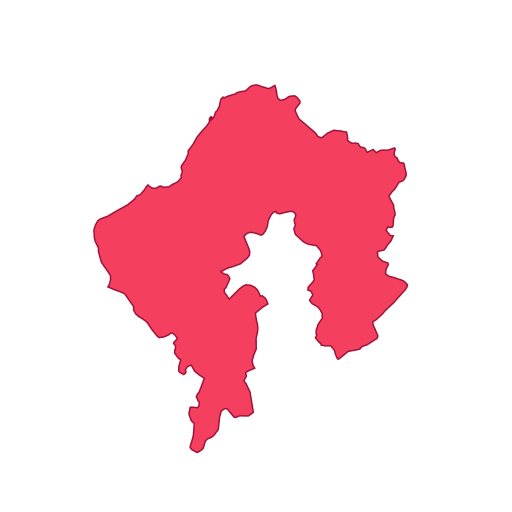 the district of Minuf, Al Minufiyah, Egypt, rotated 49°
{"feature_id": "37247803B35886288843325", "entity_name": "Minuf", "entity_type": "district", "adm_level": 2, "iso_a3": "EGY", "parent_name": "Egypt", "parent_adm1": "Al Minufiyah", "projection": "robinson", "projection_center": [30.914, 30.46], "detail": "fine", "context": "isolated", "style": "filled", "palette": "rose", "viewbox_px": 512, "rotation_deg": 49, "n_neighbors": 0, "source": "geoboundaries", "source_scale": "gbopen_adm2", "svg_char_len": 6125}
<svg xmlns="http://www.w3.org/2000/svg" viewBox="0 0 512 512"><g transform="rotate(49 256 256)"><path d="M339.9,330.6L338.9,330.3L337.6,330.3L335.5,329.4L333.8,328.4L332.9,328.0L331.3,325.8L329.2,322.6L326.4,316.9L322.2,313.3L318.4,310.1L314.3,304.7L311.8,302.1L309.3,300.2L305.0,297.9L301.2,295.6L298.7,293.8L299.0,284.2L299.5,281.2L300.0,278.5L296.6,277.2L294.1,276.7L292.3,277.0L290.2,277.4L288.9,279.2L288.0,278.7L285.0,277.7L282.0,277.2L278.6,277.5L274.7,279.2L271.1,282.6L270.2,285.6L270.0,290.4L270.8,303.1L271.1,304.4L268.8,304.4L266.6,303.9L262.8,303.8L260.3,301.9L260.3,299.8L257.5,293.6L255.9,290.5L253.7,290.0L251.2,289.9L249.0,291.6L245.9,292.8L244.6,292.6L245.6,290.2L245.6,288.9L246.1,287.1L247.0,284.1L248.4,281.5L250.7,275.5L251.7,272.9L251.9,264.1L251.2,260.6L248.7,257.9L245.7,256.5L235.1,252.9L233.4,252.3L233.0,249.6L233.0,248.3L233.5,246.6L234.4,244.9L236.6,242.7L239.7,240.6L243.6,238.6L244.1,236.4L243.4,232.9L241.8,229.3L239.7,226.2L237.6,224.0L236.4,221.3L234.8,217.4L234.5,214.7L235.2,211.9L237.1,212.2L239.7,210.5L242.5,204.9L244.7,201.0L246.1,199.3L249.5,198.5L251.7,199.5L253.7,203.4L256.6,205.3L258.3,205.8L259.2,207.5L260.4,209.7L265.5,212.1L271.9,211.4L275.8,211.0L278.4,210.2L281.0,209.0L282.8,207.7L285.9,205.2L288.1,203.5L294.1,203.7L297.5,205.1L299.6,206.5L299.5,208.6L301.4,215.7L302.7,215.3L303.1,217.5L303.9,220.1L304.2,222.8L307.6,224.6L308.0,225.0L311.8,227.3L312.6,229.1L313.0,230.9L313.7,237.0L315.8,239.2L316.4,238.9L318.4,237.6L322.7,238.6L323.8,242.5L324.6,244.7L328.9,244.9L331.1,244.0L335.0,242.8L338.9,242.9L343.1,243.9L344.8,245.7L346.2,246.1L348.4,254.1L350.1,256.8L351.3,259.0L354.2,261.7L355.9,262.2L356.7,264.8L361.8,265.0L365.3,264.6L366.1,265.3L367.4,264.1L367.9,263.6L369.2,262.8L372.8,258.5L378.8,258.7L382.2,260.5L387.1,262.0L388.1,261.2L388.4,252.4L388.5,248.9L390.3,245.9L392.1,242.9L394.4,238.6L394.0,237.3L394.1,234.7L395.2,232.2L395.9,230.4L397.2,221.4L397.6,218.7L396.3,216.4L384.4,212.6L382.9,211.6L382.3,211.2L382.9,206.9L382.7,199.0L382.0,194.2L381.7,187.7L381.5,182.0L380.8,177.2L380.1,171.5L379.4,165.3L378.6,162.7L377.0,160.5L372.2,160.8L368.8,162.4L366.1,164.1L363.1,165.8L361.3,167.0L359.5,168.3L358.2,169.1L355.3,169.7L354.4,169.9L351.4,166.7L349.4,161.9L347.8,161.0L342.9,163.9L340.4,164.2L336.5,164.6L333.9,162.6L332.3,161.4L335.5,155.4L335.1,153.2L333.9,149.2L333.2,144.4L332.4,142.7L330.8,139.1L328.6,141.2L325.2,141.1L322.1,141.0L320.5,137.5L322.7,135.8L323.6,134.1L323.2,132.8L317.4,126.9L316.2,123.9L314.1,122.5L313.1,122.0L311.1,121.1L307.8,118.8L301.4,117.3L298.0,116.4L296.8,111.1L296.5,107.2L294.2,99.7L295.6,95.8L295.2,93.2L293.6,89.6L291.1,87.8L288.1,86.4L285.4,84.8L284.3,84.1L282.6,83.7L279.9,86.2L277.4,86.1L274.4,85.2L272.2,86.0L269.3,84.6L266.4,80.6L265.3,80.6L262.7,87.0L259.2,90.9L257.8,93.0L256.9,97.4L252.5,97.7L250.6,104.2L248.5,103.7L246.8,103.2L244.9,103.5L243.8,104.4L242.4,105.7L240.3,105.6L238.2,105.1L236.0,106.8L235.1,108.1L234.2,109.4L231.1,110.6L228.5,111.0L227.3,109.6L223.9,107.4L221.8,106.4L216.5,110.7L214.3,112.8L212.1,114.9L210.2,121.4L210.0,127.9L209.1,129.7L206.1,130.9L202.6,130.4L199.5,130.8L187.3,132.6L182.8,133.3L181.1,133.7L179.9,133.4L176.8,132.7L174.2,131.8L172.5,131.3L170.9,129.9L170.5,127.7L169.4,122.5L167.7,121.1L163.0,121.0L160.4,121.8L157.7,125.6L157.2,126.9L156.6,131.7L155.7,133.5L154.4,135.6L151.4,136.0L148.8,135.0L145.4,132.7L144.6,132.3L143.7,131.8L142.1,130.9L140.8,130.3L139.7,129.8L139.5,130.0L139.1,132.9L138.6,135.0L137.6,137.1L134.4,138.9L132.1,140.5L128.0,142.7L126.6,144.2L125.2,146.5L124.4,148.8L124.5,153.9L124.4,156.0L122.5,158.7L120.7,162.1L120.2,163.4L120.2,165.3L118.8,167.9L117.9,170.3L117.2,171.6L116.7,173.2L116.1,175.0L115.9,176.4L115.2,176.5L114.4,176.7L114.5,177.8L114.7,179.8L115.8,181.3L117.7,183.9L119.1,185.6L119.7,187.5L120.8,189.9L120.8,191.6L121.3,192.9L123.0,195.6L123.9,198.0L124.0,201.3L123.4,201.3L122.9,200.2L122.6,198.3L121.4,198.4L121.4,199.6L121.7,200.9L122.3,201.5L123.4,202.3L124.4,203.8L125.5,207.5L125.9,211.0L126.3,215.1L127.5,222.2L129.2,226.9L130.5,230.5L132.1,238.2L134.3,240.0L135.7,242.8L137.7,247.1L137.8,248.4L139.2,253.4L140.4,254.6L144.1,256.3L146.1,259.9L147.7,260.7L148.6,265.4L148.4,267.7L147.1,272.3L146.7,276.4L144.9,278.8L143.7,280.4L142.5,281.3L141.5,281.4L140.4,282.4L139.8,283.6L139.5,286.4L138.0,288.6L136.5,289.8L132.7,290.9L131.5,290.9L131.7,293.3L132.8,296.4L133.8,303.2L132.4,306.5L133.4,310.4L133.1,319.6L131.3,328.2L130.0,334.4L128.8,341.4L126.8,346.9L125.8,349.7L125.7,352.3L125.8,352.7L127.0,356.1L128.2,358.4L129.7,360.8L130.6,361.8L132.7,363.3L136.0,365.9L138.6,367.3L140.6,368.1L142.0,368.4L145.1,369.2L147.6,370.2L148.7,371.7L159.3,376.8L170.5,378.0L175.3,378.7L178.4,381.2L180.6,384.3L182.1,387.3L182.2,388.1L183.7,387.3L188.8,384.8L193.2,382.3L198.0,379.9L203.5,380.4L214.2,381.6L216.3,383.8L221.0,384.8L225.3,384.1L228.8,382.9L232.2,382.1L234.4,381.7L235.0,381.8L239.1,382.3L244.2,382.9L248.1,383.0L251.5,383.1L254.1,382.7L255.0,381.0L256.3,379.3L257.3,376.7L258.2,373.6L258.3,371.5L258.8,369.7L262.7,369.0L263.7,369.1L266.9,369.5L267.2,374.3L268.0,375.6L271.0,375.7L273.5,378.0L273.5,378.9L276.0,381.1L282.4,381.7L285.0,380.9L288.7,386.7L289.2,387.1L291.4,389.2L292.1,389.8L293.8,389.9L297.4,388.5L298.1,388.3L298.2,386.1L297.4,384.7L295.7,384.3L295.4,383.3L294.5,380.7L295.4,377.8L295.9,376.4L298.0,376.9L301.0,377.5L302.7,377.9L308.8,376.8L311.8,375.9L314.4,375.2L316.2,378.6L318.2,382.2L321.3,388.0L321.7,390.2L322.9,393.3L327.5,394.7L329.3,394.8L330.9,396.6L331.8,397.5L332.1,399.7L329.0,402.6L327.3,404.3L327.2,405.2L331.0,410.1L332.1,410.6L337.7,412.9L342.0,412.6L348.7,419.3L350.8,421.6L354.5,427.3L354.9,428.2L356.1,430.0L357.4,431.4L360.4,431.4L365.6,429.4L366.0,428.5L366.5,425.5L366.6,424.6L366.6,423.6L366.6,422.4L365.4,420.2L362.5,415.8L362.2,412.7L363.6,408.8L363.7,405.3L362.2,398.3L353.9,389.4L350.2,384.0L350.4,382.0L350.7,379.7L352.5,378.0L363.2,378.3L364.5,377.4L365.9,373.1L368.4,370.4L371.7,366.7L372.3,360.6L354.6,349.7L350.2,348.5L345.7,347.2L342.7,347.2L341.9,346.3L340.3,341.9L337.3,340.5L337.4,338.3L339.3,332.2L339.9,330.6Z" fill="#f43f5e" stroke="#9f1239" stroke-width="1.5"/></g></svg>